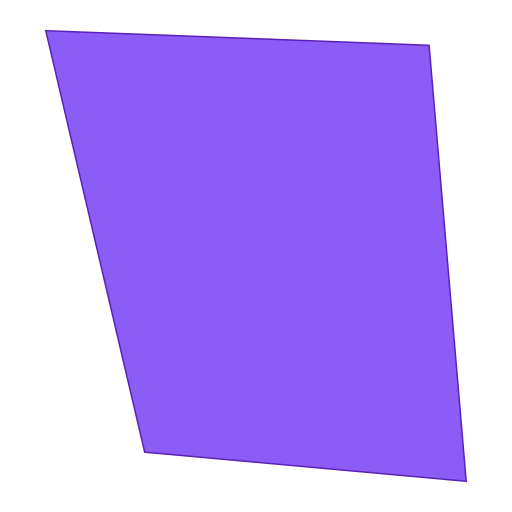 the border of Baguio
{"feature_id": "PHL-5539", "entity_name": "Baguio", "entity_type": "Highly Urbanized City", "adm_level": 1, "iso_a3": "PHL", "parent_name": "Philippines", "parent_adm1": "", "projection": "natural_earth1", "projection_center": [120.602, 16.394], "detail": "fine", "context": "isolated", "style": "filled", "palette": "violet", "viewbox_px": 512, "rotation_deg": 0, "n_neighbors": 0, "source": "natural_earth", "source_scale": "10m", "svg_char_len": 187}
<svg xmlns="http://www.w3.org/2000/svg" viewBox="0 0 512 512"><path d="M45.8,30.7L429.1,45.3L466.2,481.3L144.7,452.2L45.8,30.7Z" fill="#8b5cf6" stroke="#5b21b6" stroke-width="1.5"/></svg>